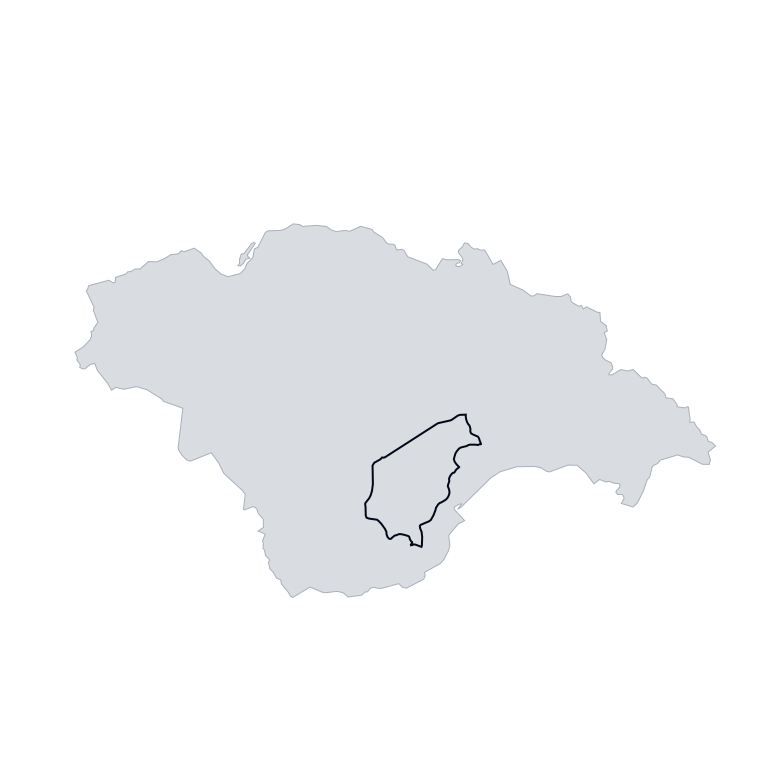 Iran, with Semnan highlighted, rotated 149°
{"feature_id": "IRN-3215", "entity_name": "Semnan", "entity_type": "Province", "adm_level": 1, "iso_a3": "IRN", "parent_name": "Iran", "parent_adm1": "", "projection": "natural_earth1", "projection_center": [54.411, 35.84], "detail": "fine", "context": "in_parent", "style": "outline", "palette": "ink", "viewbox_px": 768, "rotation_deg": 149, "n_neighbors": 0, "source": "natural_earth", "source_scale": "10m", "svg_char_len": 5329}
<svg xmlns="http://www.w3.org/2000/svg" viewBox="0 0 768 768"><g transform="rotate(149 384 384)"><path d="M385.3,225.4L392.5,225.8L405.6,221.3L406.8,220.3L410.8,211.4L415.3,207.4L423.2,202.7L428.3,201.1L446.2,201.7L447.5,198.2L450.5,196.3L469.9,197.4L472.9,200.1L474.1,205.2L490.3,209.8L493.6,211.3L497.6,215.0L500.9,216.0L505.1,214.3L507.7,215.5L511.9,214.5L524.6,220.0L526.3,225.7L528.7,228.3L531.5,230.7L541.5,235.1L544.5,237.7L552.0,248.1L572.1,248.0L573.5,250.2L573.3,254.7L574.9,265.5L573.4,269.4L576.1,272.9L575.9,279.6L577.0,284.3L574.8,290.8L572.5,292.1L573.9,297.9L572.0,303.4L572.3,305.5L569.2,310.2L569.0,312.0L563.2,316.4L567.6,322.8L561.2,323.2L557.2,330.1L558.4,338.2L557.4,342.4L558.1,344.8L559.8,346.4L568.6,348.0L568.9,349.1L559.7,360.9L560.2,365.6L567.3,389.6L566.4,401.6L567.5,414.0L589.7,417.6L592.3,420.7L594.0,427.6L594.0,432.8L593.3,435.4L568.9,466.8L581.8,482.5L582.4,486.0L590.2,501.3L597.5,509.2L609.9,513.5L615.7,519.3L620.8,519.0L620.5,526.8L622.7,543.1L621.3,550.6L625.7,552.1L632.4,551.0L634.8,552.4L636.2,555.1L634.5,556.7L634.8,563.1L633.2,564.4L632.5,570.5L622.6,570.7L613.3,573.3L610.0,575.6L608.1,579.9L605.0,579.5L604.1,581.2L597.5,584.2L595.3,596.5L592.9,599.5L591.2,617.2L589.7,617.4L586.5,620.4L566.3,614.6L564.2,610.4L562.1,609.6L559.2,613.7L549.1,611.3L545.6,612.1L543.5,610.8L538.1,610.7L533.8,608.2L522.8,610.3L516.0,605.8L508.9,604.6L500.1,604.6L492.9,601.4L489.1,602.7L487.4,600.3L476.7,598.2L473.2,590.3L473.0,586.3L470.4,579.5L469.5,569.5L467.0,562.2L462.5,556.3L450.2,552.7L443.9,554.5L439.1,557.9L431.4,559.9L425.3,566.6L421.8,566.1L407.5,575.1L404.5,575.0L393.8,569.0L389.0,567.8L379.3,568.0L374.0,563.9L372.6,561.0L360.0,554.6L352.2,548.7L349.8,543.2L346.5,539.2L338.9,536.0L334.6,532.5L322.8,531.2L314.6,522.6L314.6,519.8L309.8,510.3L309.0,503.4L307.9,501.6L303.8,498.8L303.2,496.9L304.1,492.5L298.8,489.8L298.0,487.7L298.2,481.0L285.6,464.8L283.1,455.8L280.8,455.5L269.3,461.3L266.1,458.0L256.2,452.3L254.8,450.2L257.3,449.1L259.8,450.1L261.3,448.9L260.8,447.0L258.3,445.8L254.9,445.9L255.8,447.7L252.6,449.4L251.9,451.7L252.5,458.4L251.2,460.2L245.9,461.3L242.5,463.5L239.6,461.0L238.8,456.2L237.0,453.0L234.2,451.9L232.2,448.8L228.7,447.2L228.9,430.3L220.1,429.9L220.3,417.0L224.5,404.3L216.4,392.8L212.8,384.0L210.6,382.4L206.3,382.6L192.0,370.7L187.0,367.7L180.1,366.8L179.3,362.6L181.2,358.0L178.0,352.0L177.0,350.2L174.2,349.5L174.5,345.7L170.8,345.9L164.1,335.5L162.1,334.1L166.1,326.2L163.5,319.7L165.3,314.4L168.9,314.6L170.2,307.4L176.7,300.0L182.3,296.8L182.9,294.5L181.9,290.5L178.5,285.5L179.1,281.3L180.2,279.2L186.2,276.9L186.5,276.0L183.8,274.4L173.6,274.4L168.1,269.4L163.0,268.2L160.1,257.2L159.3,255.9L156.9,255.5L155.4,253.5L154.7,246.2L151.2,242.9L148.6,232.1L148.5,229.5L149.5,227.1L143.9,222.5L143.4,215.3L144.6,213.6L138.2,208.4L135.3,208.2L135.0,207.3L139.8,196.1L141.7,193.6L137.8,191.9L138.0,186.4L137.1,181.8L137.6,177.5L135.1,174.3L134.5,172.4L135.5,167.6L133.1,165.2L131.8,160.1L141.3,158.7L143.3,150.8L146.7,147.6L152.5,151.3L160.4,164.0L165.3,167.7L168.8,172.0L186.4,176.4L190.3,175.0L196.3,175.3L204.2,167.4L207.7,166.4L216.9,158.6L228.2,151.4L233.9,150.3L242.1,159.4L237.2,162.2L236.4,164.5L236.9,166.7L240.6,169.0L241.1,171.6L239.7,172.9L234.8,174.3L233.3,176.9L238.6,181.1L241.1,184.6L244.0,185.5L248.4,191.1L255.5,190.3L256.7,203.8L260.5,215.0L268.0,219.7L287.5,223.4L289.7,225.5L292.8,231.7L297.8,236.0L312.8,244.7L329.5,248.9L340.6,248.6L381.5,238.7L385.3,238.7L379.2,241.2L381.5,242.3L386.8,242.3L388.0,241.3L388.2,239.6L385.3,225.4ZM445.8,561.7L443.3,565.6L439.5,568.8L436.7,567.9L425.3,572.6L422.3,572.3L421.9,570.8L434.4,565.2L435.0,563.8L434.2,560.9L438.2,562.1L442.7,559.7L446.4,559.1L448.2,560.7L445.8,561.7Z" fill="#d9dde1" stroke="#a8b0b8" stroke-width="1"/><path d="M370.5,272.3L371.8,272.2L373.8,271.5L375.6,270.5L376.8,269.5L377.4,268.6L377.7,267.8L378.3,266.9L381.0,264.6L382.0,263.4L382.4,260.8L383.0,258.8L383.9,257.0L385.9,255.1L388.0,253.8L390.6,253.0L395.7,253.0L397.7,253.3L399.6,252.9L403.2,251.1L404.8,249.4L409.2,246.0L413.7,243.4L415.9,243.1L425.2,244.4L426.5,243.8L427.4,241.5L427.9,238.0L430.0,233.3L434.8,225.9L435.8,225.1L439.8,230.2L441.6,231.5L442.6,231.3L443.9,231.9L443.6,232.6L442.1,233.0L441.5,233.6L441.3,234.0L441.5,234.3L441.6,234.6L441.8,235.5L441.7,237.7L441.2,239.6L441.1,240.3L441.6,241.3L444.7,244.7L447.6,247.2L449.1,247.7L451.6,248.1L452.9,248.6L456.8,248.0L457.3,247.8L458.1,247.8L459.2,248.5L459.8,251.0L459.2,254.0L458.1,256.0L457.8,259.5L458.3,265.6L459.2,269.5L459.9,271.3L466.1,276.3L467.8,278.3L467.4,280.6L463.0,288.4L461.9,291.0L461.1,291.6L455.6,293.7L452.7,295.5L449.3,298.6L445.1,303.9L435.8,320.0L433.0,321.5L426.3,321.3L423.9,321.8L423.4,322.0L423.2,321.8L422.5,321.2L421.1,320.7L358.7,322.6L357.3,322.4L346.2,318.7L344.4,318.4L337.2,318.9L334.7,318.4L329.7,315.6L330.5,314.4L331.7,311.6L332.4,308.8L332.5,306.2L332.2,304.9L332.3,303.5L333.1,300.9L334.5,298.8L334.8,296.8L333.6,294.7L330.7,290.7L330.5,289.3L330.7,287.9L331.2,285.9L331.6,283.0L332.0,282.5L332.5,282.7L332.8,283.0L333.4,283.2L334.9,283.3L336.4,284.6L341.1,287.5L343.0,288.2L345.0,288.2L350.8,290.0L352.9,290.0L355.9,289.0L358.5,287.7L362.7,283.8L363.5,281.0L363.2,277.7L362.4,274.1L362.8,273.9L365.4,273.6L366.6,273.3L368.3,272.3L369.6,271.9L370.5,272.3Z" fill="none" stroke="#020617" stroke-width="2"/></g></svg>